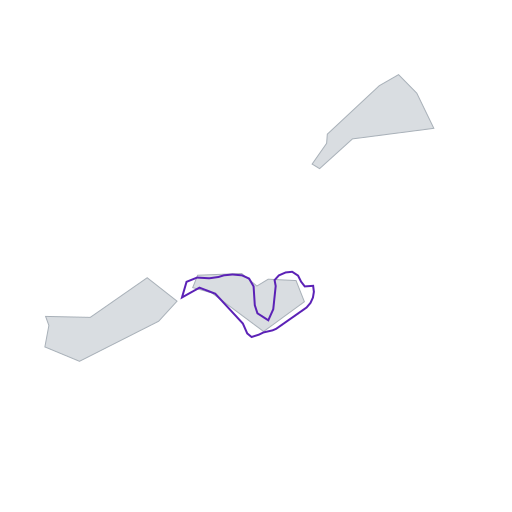 where North Caicos sits in Turks and Caicos Islands, rotated 145°
{"feature_id": "TCA-5004", "entity_name": "North Caicos", "entity_type": "state/province", "adm_level": 1, "iso_a3": "TCA", "parent_name": "Turks and Caicos Islands", "parent_adm1": "", "projection": "albers", "projection_center": [-71.96, 21.894], "detail": "fine", "context": "in_parent", "style": "outline", "palette": "violet", "viewbox_px": 512, "rotation_deg": 145, "n_neighbors": 0, "source": "natural_earth", "source_scale": "10m", "svg_char_len": 1017}
<svg xmlns="http://www.w3.org/2000/svg" viewBox="0 0 512 512"><g transform="rotate(145 256 256)"><path d="M465.5,317.9L463.0,327.2L427.0,300.8L357.6,300.6L346.6,264.3L373.1,258.4L461.0,271.0L481.1,302.6L465.5,317.9ZM37.1,258.6L109.8,296.6L153.8,291.1L157.3,299.1L133.5,307.8L127.7,314.9L57.3,324.8L35.2,322.8L30.9,297.1L37.1,258.6ZM326.0,266.4L314.8,273.7L277.8,249.9L272.5,230.9L259.3,230.0L237.3,212.9L242.6,190.8L293.1,189.8L313.4,251.2L326.0,266.4Z" fill="#d9dde1" stroke="#a8b0b8" stroke-width="1"/><path d="M235.4,222.3L232.8,215.8L233.8,209.1L233.5,203.1L226.3,198.8L229.1,193.5L233.2,189.3L238.3,186.3L244.1,184.8L281.3,184.8L285.1,185.6L293.7,189.1L298.7,189.9L306.1,192.2L307.6,197.6L305.5,208.2L311.0,248.5L320.5,262.5L340.4,264.5L327.7,274.7L316.6,272.1L307.0,264.5L298.7,260.3L293.4,258.6L285.8,254.3L278.6,248.2L274.6,241.5L275.4,232.5L285.2,216.4L287.7,208.2L282.8,196.3L272.4,202.5L257.1,220.1L254.6,225.6L248.4,227.0L241.1,225.5L235.4,222.3Z" fill="none" stroke="#5b21b6" stroke-width="2"/></g></svg>